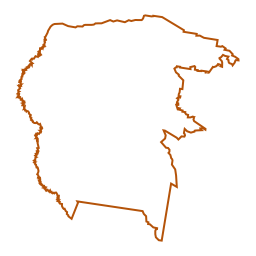 Knox, Victoria, Australia
{"feature_id": "25037944B93608479315967", "entity_name": "Knox", "entity_type": "district", "adm_level": 2, "iso_a3": "AUS", "parent_name": "Australia", "parent_adm1": "Victoria", "projection": "robinson", "projection_center": [145.215, -37.899], "detail": "fine", "context": "isolated", "style": "outline", "palette": "amber", "viewbox_px": 256, "rotation_deg": 0, "n_neighbors": 0, "source": "geoboundaries", "source_scale": "gbopen_adm2", "svg_char_len": 5570}
<svg xmlns="http://www.w3.org/2000/svg" viewBox="0 0 256 256"><path d="M161.7,240.6L171.1,183.6L176.8,186.9L176.1,175.6L175.2,169.4L171.9,164.6L172.5,160.5L172.2,159.3L171.2,158.1L170.4,155.0L168.5,152.9L169.4,151.8L169.5,149.8L168.1,148.0L166.0,147.7L161.1,142.1L165.1,138.5L165.7,135.3L163.6,130.4L164.9,130.6L176.7,137.7L178.4,139.5L181.5,136.4L184.4,136.6L185.0,135.4L184.7,134.1L183.9,133.1L184.7,128.9L187.2,131.3L190.9,132.6L194.5,131.6L194.7,130.7L195.6,130.5L201.5,130.2L200.5,129.4L200.3,128.4L203.3,128.4L205.4,129.7L205.5,128.9L194.1,121.1L193.5,119.5L193.9,118.1L193.5,117.5L194.0,117.0L192.7,116.6L190.5,117.4L187.8,117.4L188.1,114.9L186.2,114.4L185.2,113.0L185.3,112.1L182.4,111.7L182.6,110.5L179.3,109.7L179.7,108.8L179.0,109.0L179.1,108.2L178.7,108.1L178.6,109.1L177.7,109.3L176.3,104.9L178.1,104.9L177.9,104.1L178.3,104.0L178.2,103.3L176.9,103.1L177.0,102.1L178.4,99.8L178.2,99.2L177.1,98.3L178.1,97.6L180.1,97.6L180.4,96.3L178.6,96.1L178.8,94.1L179.6,92.4L180.0,88.8L182.4,89.1L183.3,80.3L178.7,75.7L178.8,74.6L176.0,72.4L174.4,68.6L176.0,67.3L176.7,67.3L176.9,66.3L180.1,66.8L180.0,67.5L190.5,69.1L190.3,67.1L194.5,66.1L195.2,66.9L194.9,69.7L197.5,70.1L197.2,70.7L197.9,71.0L201.3,71.1L201.4,70.7L205.8,71.3L205.5,73.5L206.1,71.4L208.8,71.8L208.6,72.6L209.0,72.5L212.9,66.9L213.5,67.2L216.1,66.3L216.8,65.4L217.9,65.3L218.1,64.1L219.8,64.5L221.1,65.6L220.6,66.3L222.1,66.8L222.2,62.7L221.8,61.1L219.5,58.6L219.5,58.0L221.1,57.2L223.0,54.9L225.0,55.9L228.4,56.6L227.0,59.0L228.5,60.1L228.6,61.9L229.3,63.1L232.0,64.1L232.6,65.4L234.7,62.6L235.4,60.6L235.9,60.1L238.5,60.4L238.4,59.1L235.0,56.7L232.1,55.5L232.7,54.2L229.5,50.8L224.6,49.8L225.6,48.4L222.3,46.1L221.0,46.7L216.6,46.1L217.6,40.0L203.9,37.8L199.8,35.6L196.4,35.7L196.7,33.9L183.6,31.8L183.9,30.2L162.2,17.1L153.4,15.8L153.4,16.2L151.5,16.4L145.3,15.4L144.0,15.8L143.2,18.2L142.2,19.7L141.4,20.1L135.3,20.0L131.3,21.0L128.8,20.2L124.9,22.2L117.1,20.4L113.3,21.5L110.1,20.1L101.6,23.3L95.5,23.4L93.8,24.6L91.2,24.9L85.0,24.9L83.7,25.3L82.6,26.5L77.3,26.3L75.6,27.4L68.1,26.1L62.5,23.6L54.5,24.0L52.6,24.8L50.6,26.6L48.1,30.8L47.6,32.6L45.5,36.7L44.8,37.1L45.6,39.4L44.7,39.1L44.4,39.8L44.5,40.3L45.4,40.2L44.5,41.8L45.0,42.4L44.3,44.0L44.5,45.1L43.4,45.0L43.3,46.2L44.1,46.6L43.2,46.9L43.0,47.6L42.7,46.8L41.8,47.5L42.5,47.7L42.7,49.0L42.2,48.3L41.7,48.9L40.5,48.7L40.8,48.2L40.0,48.3L40.0,50.7L38.7,51.5L39.4,52.0L39.0,52.5L39.9,52.5L39.9,53.1L39.2,53.3L40.0,53.8L39.7,54.2L40.3,53.9L41.0,54.8L40.3,55.2L39.7,54.7L39.2,55.4L39.2,54.5L38.7,54.6L38.9,55.5L38.3,55.3L38.4,55.8L37.3,56.8L35.5,56.2L33.9,58.7L32.4,58.6L32.0,59.4L31.5,59.0L29.9,61.0L32.4,63.2L31.9,63.3L31.8,65.0L31.0,63.8L30.4,64.4L30.0,64.2L28.5,66.0L29.5,66.3L29.0,67.4L27.1,67.3L27.4,68.0L25.8,68.4L26.3,69.9L25.2,70.3L25.5,69.5L25.0,69.3L24.6,69.8L23.7,69.8L24.4,70.3L22.9,70.7L23.6,71.6L24.1,71.3L24.0,71.9L22.2,72.1L23.3,72.5L22.8,73.2L23.5,73.3L22.5,73.9L22.4,74.3L23.3,74.3L22.1,75.7L22.0,76.4L23.1,76.2L21.4,77.1L21.6,78.6L20.4,79.8L21.0,79.9L20.7,80.3L20.9,81.2L19.5,81.2L19.2,82.1L20.7,82.9L20.7,84.4L21.2,84.4L20.2,85.2L21.0,85.2L21.1,85.8L19.4,85.4L19.7,86.2L18.9,86.1L19.5,86.8L20.0,86.7L19.6,87.7L20.1,88.3L18.1,90.2L18.4,91.4L19.1,91.6L18.4,92.1L18.5,92.8L17.5,93.8L18.5,94.3L18.8,93.6L19.2,93.9L18.7,96.1L17.7,96.2L17.6,96.7L18.0,96.9L17.7,97.2L19.7,97.1L19.4,97.8L20.5,98.1L20.7,99.8L21.8,99.9L22.2,99.2L22.7,100.6L23.9,101.2L23.0,101.8L23.9,102.3L23.2,102.6L23.5,103.1L22.7,103.3L24.0,104.0L23.3,104.4L22.9,104.0L22.4,105.3L23.4,105.4L24.0,106.3L24.8,106.2L24.6,107.0L24.1,107.0L23.9,108.2L23.4,108.1L24.1,108.6L23.9,109.0L24.6,108.8L25.1,110.4L26.4,110.0L25.9,110.5L26.4,111.5L26.9,111.0L28.2,111.4L29.0,112.6L28.9,113.6L30.8,115.1L30.3,116.2L29.2,116.3L30.5,116.8L30.6,117.7L31.3,118.0L30.9,118.9L32.0,120.0L31.5,120.3L33.0,121.4L32.9,122.1L34.3,123.0L36.0,123.1L36.8,122.3L38.3,124.1L39.3,124.5L40.1,124.0L40.8,126.1L40.7,127.5L41.8,127.3L42.2,128.2L41.1,129.7L40.6,129.3L40.9,130.8L40.1,130.8L41.1,131.6L40.8,132.5L39.8,132.6L39.0,133.9L37.6,133.3L36.8,134.6L36.1,133.8L35.7,134.4L35.9,135.3L35.2,135.5L35.7,136.4L36.6,136.0L36.2,137.0L36.5,137.7L36.1,138.1L37.2,138.0L37.8,138.9L37.7,140.0L36.9,140.1L37.1,141.4L37.8,141.5L37.6,143.2L38.7,147.9L37.2,148.2L38.3,150.7L37.2,151.0L37.8,151.7L37.6,152.1L36.8,152.0L36.8,153.3L37.8,152.9L37.5,153.8L35.9,153.9L36.5,155.0L35.2,155.6L35.9,156.4L35.6,157.1L36.2,157.3L35.5,157.7L35.1,159.6L34.2,160.4L35.1,160.6L34.5,161.7L35.3,162.0L34.3,162.6L35.1,163.1L35.2,164.4L36.0,164.7L36.3,166.4L37.2,167.1L36.8,167.6L37.9,168.1L38.5,171.0L38.1,172.7L37.2,174.3L38.2,175.2L38.5,176.2L38.1,177.3L39.5,177.2L40.0,177.7L39.9,178.3L39.1,178.8L40.2,179.2L40.2,180.4L39.0,180.8L39.5,181.8L40.3,182.0L39.5,183.1L40.0,183.8L40.9,183.2L41.5,184.0L40.7,184.3L41.2,184.9L42.7,185.4L42.7,185.9L43.9,185.9L43.7,186.7L45.1,187.1L43.7,187.8L45.5,188.3L44.9,189.0L46.3,190.0L45.9,190.4L46.2,190.8L47.6,189.8L48.6,191.2L49.1,190.8L49.7,191.7L50.2,190.7L50.6,191.8L51.4,191.8L51.3,192.5L52.5,193.3L53.2,192.7L54.3,193.4L55.0,192.6L56.2,192.6L57.8,195.4L57.5,195.8L58.2,196.5L58.8,196.2L58.7,197.5L57.4,197.7L57.4,198.4L58.2,198.6L57.3,199.5L59.0,200.0L57.7,201.1L59.7,201.9L59.3,202.7L59.9,203.6L62.0,204.0L61.9,205.9L62.8,207.8L63.7,208.9L64.6,208.7L65.7,211.0L67.1,212.1L66.8,214.0L68.3,215.3L68.4,216.3L71.6,218.8L78.0,202.7L77.3,201.4L142.6,211.1L143.8,213.9L146.1,216.2L146.4,221.5L148.4,222.3L148.1,224.0L149.9,224.3L153.3,227.4L157.1,228.2L157.0,229.1L155.9,229.4L155.3,230.9L155.3,234.2L155.9,237.3L158.8,240.2L161.7,240.6Z" fill="none" stroke="#b45309" stroke-width="2"/></svg>